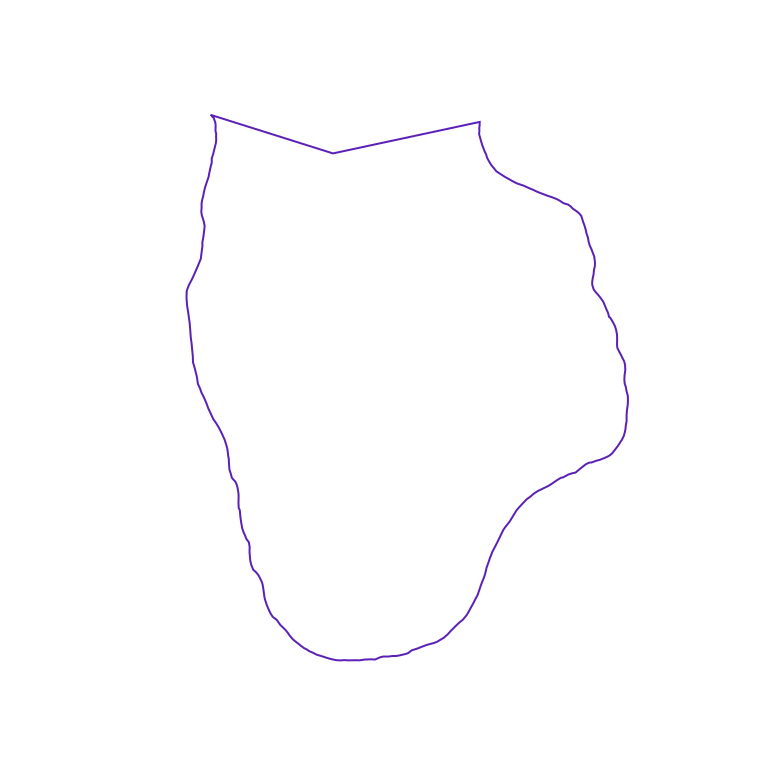 outline of South Miladhunmadulu, Maldives, rotated 17°
{"feature_id": "70690204B143324726132", "entity_name": "South Miladhunmadulu", "entity_type": "district", "adm_level": 2, "iso_a3": "MDV", "parent_name": "Maldives", "parent_adm1": "", "projection": "natural_earth1", "projection_center": [73.322, 5.821], "detail": "fine", "context": "isolated", "style": "outline", "palette": "violet", "viewbox_px": 768, "rotation_deg": 17, "n_neighbors": 0, "source": "geoboundaries", "source_scale": "gbopen_adm2", "svg_char_len": 4041}
<svg xmlns="http://www.w3.org/2000/svg" viewBox="0 0 768 768"><g transform="rotate(17 384 384)"><path d="M139.5,177.3L140.7,177.9L142.5,179.0L143.5,179.4L144.7,181.2L146.1,183.1L147.2,185.4L147.9,187.8L148.8,191.1L150.4,193.9L151.1,196.6L152.1,199.3L152.8,202.8L152.9,205.6L153.1,208.9L153.4,213.7L153.3,218.4L154.6,222.9L154.7,227.0L155.3,233.9L155.7,237.1L155.5,243.4L155.4,246.7L155.5,250.3L155.8,253.9L156.2,257.6L156.3,261.2L156.8,264.8L158.1,269.0L158.9,272.7L160.5,276.0L162.2,278.4L164.1,281.2L166.4,285.7L168.1,295.1L168.9,301.8L170.0,304.9L170.9,310.4L172.2,317.9L171.5,325.4L171.0,329.8L170.5,334.3L169.8,339.5L168.5,346.4L168.1,352.6L169.9,359.2L172.6,366.2L175.1,371.3L177.8,377.1L180.2,382.2L183.3,390.0L185.6,396.0L187.9,400.9L189.7,405.3L193.0,413.2L195.0,419.1L197.8,423.3L200.3,427.4L202.9,431.8L206.1,438.4L209.5,442.2L211.8,445.4L216.0,449.8L220.1,454.7L223.2,458.8L227.1,463.1L231.0,467.5L234.9,470.5L238.8,474.0L242.7,478.0L245.8,481.5L247.9,483.9L251.0,488.4L253.2,491.9L254.9,495.6L255.8,497.8L257.4,500.9L259.2,505.9L261.2,511.0L263.5,514.3L266.0,518.2L267.7,519.3L270.5,520.9L272.7,523.5L274.4,526.2L276.8,531.1L277.8,533.9L279.6,540.3L281.3,545.0L282.9,546.7L284.3,550.0L285.3,552.6L287.5,557.3L290.4,563.1L292.9,566.7L295.1,569.1L297.8,572.5L301.0,574.8L303.2,579.2L304.6,584.2L306.7,589.4L308.0,592.5L310.1,596.0L313.3,599.9L316.3,601.2L319.9,603.6L324.1,607.9L326.3,610.8L328.6,615.4L330.4,619.3L331.8,622.4L333.0,624.6L336.5,629.6L340.0,633.8L342.7,636.7L345.7,639.2L350.4,640.9L352.8,642.8L355.4,644.8L360.0,647.1L362.0,648.2L365.1,650.3L367.4,652.2L371.5,654.8L375.0,656.3L378.1,657.4L380.9,658.6L385.0,660.0L388.1,660.5L390.8,661.4L394.5,661.7L398.3,662.5L404.5,662.5L408.7,662.6L414.3,662.5L419.0,662.1L423.3,661.0L426.9,659.6L430.7,658.7L437.1,656.6L441.4,655.4L446.3,653.1L452.3,651.0L456.0,650.1L460.3,646.4L463.3,644.7L467.5,643.5L471.5,641.7L475.1,640.6L478.2,639.0L482.7,636.4L485.7,634.4L488.4,630.6L493.4,627.1L496.9,624.3L501.2,621.0L503.9,619.3L507.9,616.8L510.3,614.8L513.2,611.6L515.3,609.3L518.1,604.8L519.8,601.1L523.5,594.1L525.9,589.9L528.4,586.2L530.6,580.9L531.6,576.7L532.4,572.7L533.6,567.1L534.3,562.8L535.2,558.6L535.3,555.4L535.4,552.3L535.5,547.8L535.9,543.0L536.2,539.3L536.2,535.1L535.8,530.0L536.1,523.1L536.2,518.3L536.5,516.8L536.6,513.3L537.8,506.9L539.1,499.5L540.0,493.4L540.8,488.5L541.8,485.4L544.4,478.7L546.6,470.2L547.6,466.2L549.6,461.7L551.2,458.4L554.1,452.6L556.9,448.9L559.6,444.7L562.3,441.5L565.8,438.2L570.6,433.8L573.5,430.5L577.3,425.7L580.4,422.2L582.9,420.6L586.7,416.7L590.1,414.3L593.1,412.7L594.4,410.6L596.4,407.6L598.8,404.1L600.7,401.5L603.5,399.0L605.4,398.4L609.6,395.2L612.6,393.4L616.1,390.6L619.1,388.0L620.7,386.3L622.4,383.7L623.1,382.0L625.7,375.1L625.8,374.7L626.5,372.4L627.0,370.4L627.7,368.3L628.5,363.7L628.4,360.1L628.2,357.0L627.4,353.2L626.8,348.3L625.3,343.6L624.2,339.1L623.2,332.8L622.3,329.1L620.7,324.2L617.7,319.3L616.1,316.1L614.1,313.3L612.6,309.7L611.5,305.3L610.7,300.2L608.9,295.1L606.9,291.9L604.9,289.9L602.6,287.4L599.6,284.4L596.6,281.3L595.4,278.4L593.7,272.5L592.3,268.4L590.1,264.3L587.9,261.1L585.0,258.1L581.3,254.7L579.6,254.0L577.2,250.1L575.4,248.2L572.2,244.3L569.6,241.2L565.5,238.0L562.5,236.0L558.9,233.8L556.9,232.3L554.1,228.2L553.2,225.4L552.6,221.2L552.4,218.1L551.4,213.2L551.2,209.6L550.3,206.3L547.7,200.5L545.3,197.5L543.0,194.5L542.7,194.1L540.3,191.5L538.1,188.1L536.1,184.2L533.3,180.3L532.0,177.8L529.3,173.7L527.0,170.7L523.4,165.4L519.8,163.3L516.2,162.0L513.5,161.2L510.4,159.5L507.6,158.6L502.6,158.6L501.5,158.2L497.9,157.2L495.5,156.7L490.7,156.3L487.6,156.2L484.3,156.1L480.0,155.8L474.4,155.4L469.9,154.7L465.5,154.3L459.6,153.5L456.2,153.4L452.3,153.3L447.5,152.4L443.4,151.5L438.8,150.5L434.2,149.2L429.4,147.8L426.3,145.7L422.9,143.5L421.0,141.9L417.4,138.5L416.1,137.0L414.4,134.4L412.2,132.1L410.6,130.0L408.0,126.7L405.7,123.2L403.6,119.9L401.9,117.2L401.1,113.7L400.2,111.1L399.9,109.0L398.9,105.4L267.8,178.4L139.5,177.3Z" fill="none" stroke="#5b21b6" stroke-width="2"/></g></svg>